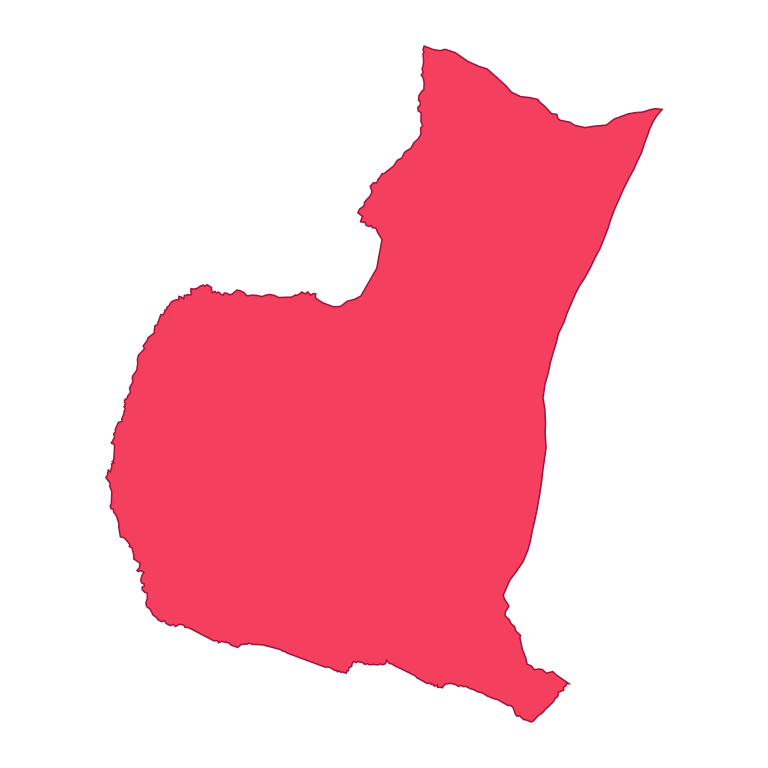 outline of Luba, Bioko Sur, Equatorial Guinea
{"feature_id": "11065452B69220194361963", "entity_name": "Luba", "entity_type": "district", "adm_level": 2, "iso_a3": "GNQ", "parent_name": "Equatorial Guinea", "parent_adm1": "Bioko Sur", "projection": "mercator", "projection_center": [8.565, 3.411], "detail": "fine", "context": "isolated", "style": "filled", "palette": "rose", "viewbox_px": 768, "rotation_deg": 0, "n_neighbors": 0, "source": "geoboundaries", "source_scale": "gbopen_adm2", "svg_char_len": 5573}
<svg xmlns="http://www.w3.org/2000/svg" viewBox="0 0 768 768"><path d="M424.1,46.1L423.0,49.7L424.0,52.4L423.0,53.5L423.6,61.9L423.1,65.7L422.0,69.0L423.2,72.6L421.2,74.9L423.1,77.7L424.1,82.3L423.9,89.7L421.8,91.2L418.9,95.7L418.6,100.4L420.3,101.7L420.2,104.8L417.8,107.5L418.2,110.9L421.1,112.8L420.9,121.7L422.7,125.7L420.6,128.0L420.9,134.3L418.0,139.1L414.0,142.6L410.7,148.5L406.4,150.9L404.5,152.4L401.8,158.0L397.3,160.3L393.7,165.9L384.4,173.3L382.1,173.7L379.7,177.7L378.2,178.9L376.7,182.9L373.3,182.8L370.2,186.3L371.8,190.8L371.4,193.7L369.8,196.4L364.4,202.2L364.4,204.8L362.9,206.8L359.5,209.1L357.9,212.9L362.7,216.5L362.0,217.4L360.5,221.8L365.3,222.5L366.1,225.4L368.8,226.3L371.1,225.7L372.3,227.7L375.9,228.1L377.7,232.6L382.0,239.6L378.5,258.6L376.8,268.2L360.8,296.1L354.4,299.4L347.2,301.2L340.8,306.3L336.6,306.7L333.0,306.6L322.9,302.9L315.9,298.3L315.3,296.6L315.8,293.9L314.5,293.9L313.6,293.4L310.7,295.3L307.8,291.9L305.0,293.9L301.9,292.0L297.6,295.3L295.3,295.0L291.9,297.1L278.6,297.5L274.6,295.5L269.4,294.4L264.9,295.4L262.1,296.6L256.7,295.4L251.2,295.1L249.9,295.7L246.6,295.5L244.1,292.7L240.1,290.7L237.0,290.0L232.0,294.2L229.7,294.8L226.6,293.2L224.2,293.0L223.1,295.3L221.3,294.4L218.6,292.0L216.5,293.0L215.0,291.3L212.5,292.8L211.5,289.4L211.5,287.5L207.1,284.7L204.8,286.3L203.3,285.0L200.4,286.0L196.9,288.5L193.5,289.1L191.0,288.6L190.7,291.6L191.5,293.7L190.7,295.1L187.5,294.5L186.3,295.5L184.4,295.3L183.7,298.8L181.0,296.9L178.9,296.4L178.6,299.8L175.8,299.9L172.0,301.4L170.1,303.6L169.2,305.7L167.2,307.0L166.3,309.5L164.7,310.3L164.8,312.0L163.3,314.5L160.8,314.7L157.2,324.7L154.8,325.9L154.1,333.1L147.9,337.8L147.2,340.5L143.2,345.9L144.4,348.9L138.4,355.3L137.3,360.0L137.8,362.7L136.8,370.1L132.5,376.3L132.4,379.0L132.8,382.0L129.5,387.9L130.5,392.5L127.7,396.0L127.2,398.1L124.6,400.0L124.4,402.1L125.6,403.6L124.7,404.8L125.1,405.7L123.9,406.7L125.1,408.4L125.1,409.7L124.0,411.4L123.9,413.9L121.7,419.1L122.1,421.4L118.3,422.4L115.2,429.7L115.5,431.9L113.6,433.9L114.4,436.3L114.2,438.4L112.9,440.0L113.1,440.9L111.6,442.1L111.5,443.4L113.8,444.0L114.6,445.7L113.7,460.3L112.2,461.5L113.9,463.0L111.5,464.0L111.9,466.3L110.3,471.8L108.2,470.1L107.3,475.5L105.8,477.4L110.1,483.2L109.8,486.5L111.8,491.6L111.3,504.1L110.2,505.9L111.0,508.7L113.3,509.1L113.7,512.3L115.5,514.4L116.8,516.8L118.9,523.8L118.7,527.1L120.4,536.9L123.5,537.6L125.2,538.8L129.1,543.5L129.9,545.2L129.2,546.3L132.1,548.2L133.9,555.6L133.6,558.8L140.1,563.3L139.3,567.9L137.0,570.4L138.2,571.5L141.2,570.7L143.9,572.5L141.7,576.0L140.8,580.0L141.6,582.9L144.1,584.0L144.4,585.9L142.1,587.2L142.2,589.7L144.7,592.3L147.2,593.1L147.3,598.6L146.0,602.4L146.2,605.4L147.2,607.1L150.1,609.0L152.9,614.9L156.5,617.5L157.7,619.5L161.6,621.8L164.4,620.6L166.0,623.2L167.5,624.3L170.2,625.6L173.4,624.4L175.5,626.5L179.5,624.2L182.4,624.7L184.5,625.8L185.1,627.5L188.1,627.4L213.8,640.8L217.5,640.7L218.6,642.8L221.3,641.4L229.1,643.0L231.0,645.1L237.7,647.4L241.3,644.5L244.3,644.1L247.0,644.2L248.9,643.1L252.3,644.3L255.6,644.5L256.3,644.5L259.9,644.7L262.6,644.8L267.5,646.1L268.0,646.2L280.6,649.6L282.7,651.1L285.4,651.5L286.5,652.8L325.4,667.2L328.1,667.0L330.4,667.7L334.8,670.5L336.7,670.5L337.3,671.8L339.4,671.0L340.5,672.3L342.4,671.9L346.3,673.2L347.0,670.9L348.5,670.7L349.0,667.8L351.7,666.4L351.8,664.7L352.9,662.2L354.2,661.8L356.3,662.6L357.6,661.4L359.8,662.1L362.4,662.5L364.7,664.3L367.6,663.7L369.1,664.8L373.5,664.4L377.5,664.9L380.7,663.9L382.6,664.8L385.6,663.6L386.5,660.2L389.6,663.6L391.9,663.9L393.7,665.2L415.5,675.9L416.5,677.6L427.3,683.5L430.1,682.9L431.1,684.4L433.4,684.6L434.2,686.1L435.9,685.7L437.2,684.7L437.2,686.1L437.6,687.4L440.1,687.0L440.9,687.5L442.6,687.7L443.5,686.0L444.8,684.6L446.9,683.8L450.3,683.4L452.2,683.5L453.4,684.1L456.2,684.8L458.5,686.5L460.8,685.3L463.1,686.6L465.8,686.4L471.1,689.0L473.4,689.5L478.0,691.9L482.2,692.8L485.1,694.5L486.7,695.8L494.5,698.9L497.2,699.4L508.3,705.7L509.9,705.1L512.9,707.2L515.7,714.9L517.5,716.4L519.4,715.6L523.6,719.6L525.9,719.9L530.9,721.9L532.8,721.5L538.8,715.1L541.4,713.6L543.8,711.4L545.7,708.8L547.2,707.8L553.7,701.4L555.0,698.7L557.8,696.4L558.3,694.1L558.3,692.4L561.7,690.8L563.6,690.4L563.7,687.0L566.0,685.8L566.5,683.7L569.0,683.7L556.0,674.8L552.8,671.6L546.3,673.2L542.5,669.6L539.3,669.0L534.3,669.7L531.5,666.0L527.1,664.2L525.8,658.0L522.4,649.4L519.9,637.7L520.5,635.3L515.9,631.1L514.6,626.7L511.0,623.5L509.2,619.5L505.1,615.8L505.3,612.0L508.9,606.2L506.6,602.4L504.3,598.7L503.2,595.3L509.8,580.2L516.5,571.3L523.1,561.5L527.7,550.6L530.1,542.1L532.2,531.3L534.7,520.6L537.2,508.5L539.3,496.8L541.5,482.5L543.1,468.5L545.0,455.4L546.1,447.3L545.1,434.1L545.5,423.6L544.9,409.5L543.0,397.9L545.1,383.8L548.4,372.3L550.5,362.0L553.5,351.6L556.2,342.7L558.6,333.2L563.9,322.4L567.0,313.3L571.5,302.8L575.3,294.0L579.1,286.5L584.3,278.6L590.5,267.4L594.5,258.9L600.0,248.6L604.4,237.6L608.0,228.3L610.7,219.4L614.5,209.4L618.7,199.9L623.2,189.6L628.7,178.5L633.9,169.1L637.1,161.6L641.3,153.2L643.4,146.5L647.2,136.2L649.6,129.2L653.0,121.7L656.8,115.7L662.2,109.4L655.1,108.7L651.0,109.5L642.4,112.1L635.6,112.6L628.3,113.8L614.1,119.1L606.3,125.1L595.7,126.0L584.8,127.6L574.4,125.2L570.0,122.2L560.3,120.3L557.8,118.3L556.9,114.4L551.6,113.7L548.0,109.9L544.2,105.8L540.4,102.8L537.7,99.4L529.3,97.5L520.8,96.7L511.5,92.3L506.2,86.1L499.3,79.7L492.1,73.3L487.1,68.9L479.2,66.5L467.6,61.3L461.1,56.7L455.0,52.5L445.0,49.3L440.2,50.7L433.2,49.5L425.6,46.6L424.1,46.1Z" fill="#f43f5e" stroke="#9f1239" stroke-width="1.5"/></svg>